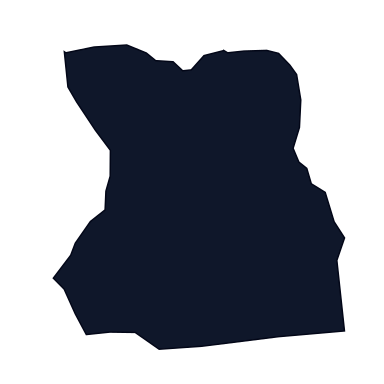 the district of Karlshamn, Blekinge, Sweden, rotated 354°
{"feature_id": "70781695B12582384293132", "entity_name": "Karlshamn", "entity_type": "district", "adm_level": 2, "iso_a3": "SWE", "parent_name": "Sweden", "parent_adm1": "Blekinge", "projection": "albers", "projection_center": [14.872, 56.287], "detail": "fine", "context": "isolated", "style": "filled", "palette": "ink", "viewbox_px": 384, "rotation_deg": 354, "n_neighbors": 0, "source": "geoboundaries", "source_scale": "gbopen_adm2", "svg_char_len": 738}
<svg xmlns="http://www.w3.org/2000/svg" viewBox="0 0 384 384"><g transform="rotate(354 192 192)"><path d="M45.1,263.2L54.7,275.2L63.2,301.0L72.0,322.7L95.7,322.7L120.8,325.7L142.9,344.9L185.8,346.4L262.6,344.9L329.1,346.1L329.0,311.1L328.9,275.1L338.9,253.6L330.2,236.4L324.4,206.3L311.5,196.3L308.6,180.5L301.4,173.4L297.1,159.1L305.6,139.0L309.8,111.8L308.3,86.1L302.6,76.1L292.6,63.2L281.1,59.0L258.4,57.3L242.0,57.3L238.3,54.5L238.2,54.7L218.2,57.6L204.0,70.5L195.4,70.5L186.8,60.5L169.6,57.6L161.1,49.0L142.5,39.0L109.7,37.6L81.1,40.4L79.7,39.2L79.6,74.6L86.7,90.4L102.4,120.5L115.2,142.0L112.3,167.7L106.5,182.1L103.7,200.7L87.9,210.7L70.6,230.7L64.8,242.2L45.1,263.2Z" fill="#0f172a" stroke="#020617" stroke-width="1.5"/></g></svg>